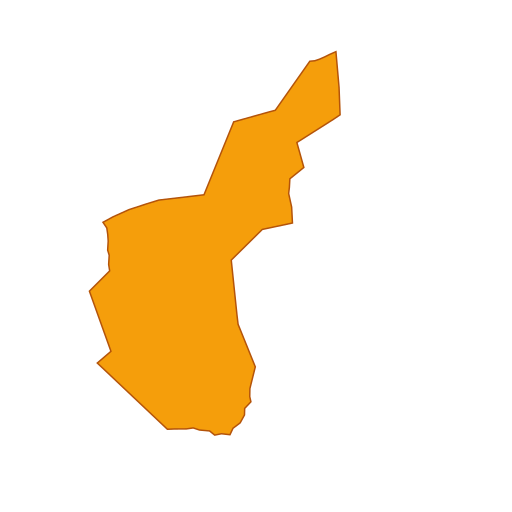 the district of Olho D'Água do Piauí, Piauí, Brazil, rotated 51°
{"feature_id": "56859067B64326176741093", "entity_name": "Olho D'Água do Piauí", "entity_type": "district", "adm_level": 2, "iso_a3": "BRA", "parent_name": "Brazil", "parent_adm1": "Piauí", "projection": "mercator", "projection_center": [-42.549, -5.829], "detail": "fine", "context": "isolated", "style": "filled", "palette": "amber", "viewbox_px": 512, "rotation_deg": 51, "n_neighbors": 0, "source": "geoboundaries", "source_scale": "gbopen_adm2", "svg_char_len": 847}
<svg xmlns="http://www.w3.org/2000/svg" viewBox="0 0 512 512"><g transform="rotate(51 256 256)"><path d="M239.3,446.7L334.9,433.9L339.2,428.1L346.5,419.0L350.1,413.0L355.7,409.4L362.7,402.2L369.2,400.8L372.4,394.7L378.5,388.7L375.4,382.3L375.7,373.3L372.3,365.0L367.3,360.7L366.1,351.7L361.4,349.4L355.2,344.2L341.7,326.3L297.8,312.9L290.0,308.0L243.6,277.8L239.3,234.4L253.3,206.9L240.4,197.5L228.0,191.3L223.6,186.8L217.3,181.1L217.3,163.1L193.5,152.8L198.5,109.8L199.2,101.8L177.3,85.4L147.5,65.3L145.7,71.9L144.5,77.3L143.0,82.8L141.3,87.4L138.5,91.6L154.9,149.3L152.2,155.3L137.7,188.9L175.7,257.9L151.4,296.3L146.7,308.0L140.0,325.6L135.6,342.3L133.5,353.7L140.3,354.3L146.0,357.7L151.4,361.5L158.1,367.6L163.0,369.6L169.8,375.8L175.5,379.1L178.5,407.6L238.8,428.7L239.3,446.7Z" fill="#f59e0b" stroke="#b45309" stroke-width="1.5"/></g></svg>